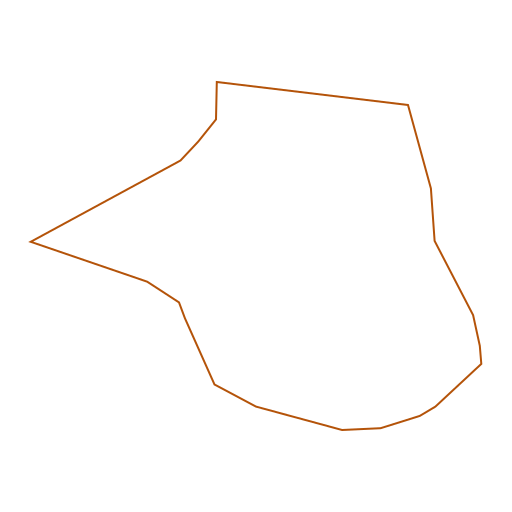 SVG path tracing the border of Markovci
{"feature_id": "SVN-272", "entity_name": "Markovci", "entity_type": "Municipality", "adm_level": 1, "iso_a3": "SVN", "parent_name": "Slovenia", "parent_adm1": "", "projection": "robinson", "projection_center": [15.962, 46.391], "detail": "fine", "context": "isolated", "style": "outline", "palette": "amber", "viewbox_px": 512, "rotation_deg": 0, "n_neighbors": 0, "source": "natural_earth", "source_scale": "10m", "svg_char_len": 377}
<svg xmlns="http://www.w3.org/2000/svg" viewBox="0 0 512 512"><path d="M342.1,430.0L256.0,406.6L214.5,384.5L184.9,318.2L179.0,302.4L147.2,281.7L30.7,241.8L180.5,160.5L198.3,141.5L216.0,119.4L216.8,82.0L408.0,105.0L430.9,188.4L434.6,240.9L473.1,315.1L479.8,345.8L481.3,363.9L435.4,406.6L419.8,415.9L380.6,428.2L342.1,430.0Z" fill="none" stroke="#b45309" stroke-width="2"/></svg>